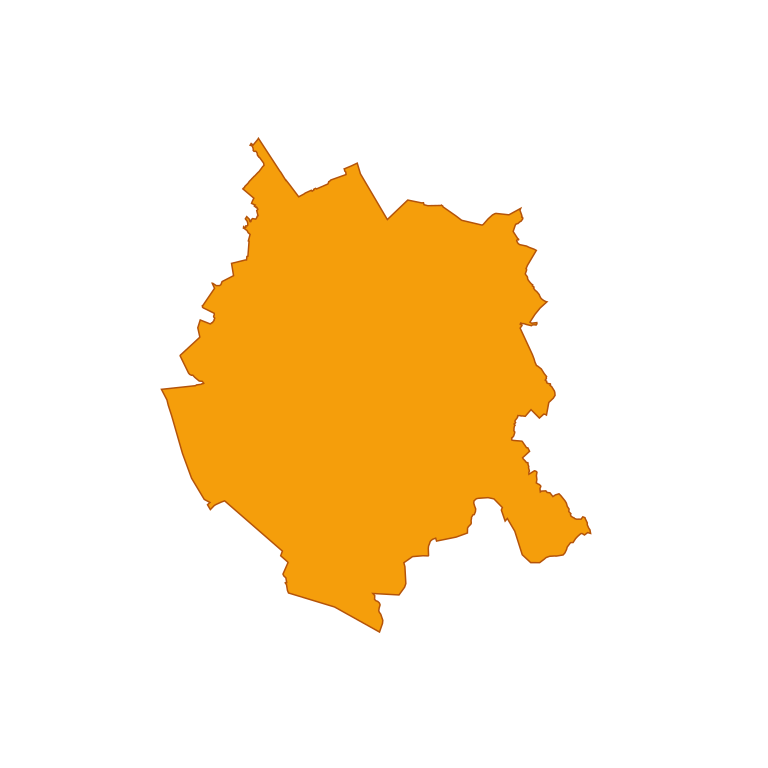 Tierra Blanca, Guanajuato, Mexico (orthographic projection), rotated 39°
{"feature_id": "50627088B54720368473271", "entity_name": "Tierra Blanca", "entity_type": "district", "adm_level": 2, "iso_a3": "MEX", "parent_name": "Mexico", "parent_adm1": "Guanajuato", "projection": "orthographic", "projection_center": [-100.168, 21.039], "detail": "fine", "context": "isolated", "style": "filled", "palette": "amber", "viewbox_px": 768, "rotation_deg": 39, "n_neighbors": 0, "source": "geoboundaries", "source_scale": "gbopen_adm2", "svg_char_len": 6158}
<svg xmlns="http://www.w3.org/2000/svg" viewBox="0 0 768 768"><g transform="rotate(39 384 384)"><path d="M129.7,282.7L131.2,282.1L132.3,282.3L133.8,283.1L135.0,284.2L135.3,284.8L136.3,285.0L137.0,284.7L137.6,284.0L138.1,283.8L139.1,284.0L140.4,284.6L141.0,285.2L141.1,285.4L142.2,286.1L142.7,285.9L144.1,286.5L144.8,286.3L151.5,288.1L153.2,289.7L152.9,291.3L153.2,297.3L152.9,299.4L152.6,303.7L152.4,304.2L152.2,306.9L152.1,307.3L152.1,308.4L151.8,311.4L152.0,313.6L151.5,318.1L151.8,319.0L152.0,319.2L151.5,320.1L151.5,321.2L165.9,321.5L166.6,324.6L167.4,327.0L171.3,326.0L171.2,327.3L173.8,327.3L173.7,326.7L173.8,326.7L175.3,327.2L176.1,327.8L175.9,329.3L180.2,332.5L179.9,333.5L180.3,334.3L180.6,336.2L180.5,336.6L177.7,338.2L177.6,338.8L177.7,340.3L178.2,341.1L178.3,341.7L177.9,342.1L177.0,341.9L176.6,341.5L176.6,341.1L175.7,340.7L172.0,340.3L172.3,342.9L175.2,343.6L176.8,344.7L177.8,345.8L178.2,346.5L178.2,347.0L177.1,348.1L177.6,349.0L178.0,349.3L177.5,350.0L177.1,350.1L176.4,350.1L175.9,349.9L175.9,350.1L176.2,350.4L176.6,351.3L178.0,351.0L178.8,351.1L180.9,350.9L183.2,351.9L185.8,352.0L188.5,358.2L189.3,358.0L197.8,370.3L197.2,371.2L199.1,374.1L198.1,375.0L189.6,386.2L198.9,394.5L193.7,406.3L194.7,409.4L194.3,411.0L191.7,413.1L187.5,413.5L187.1,413.8L192.1,416.3L193.8,436.8L193.6,437.7L194.2,437.9L194.6,438.5L195.0,438.6L196.0,438.5L207.5,435.9L208.6,437.1L208.9,438.5L209.5,439.1L210.4,439.1L211.0,439.3L211.5,441.0L212.0,441.6L211.9,442.4L212.0,443.9L211.9,444.7L211.5,445.0L211.4,446.3L211.1,446.7L200.9,449.9L203.9,457.5L211.3,463.4L211.4,463.7L207.6,489.7L207.8,490.4L225.2,498.5L226.9,498.8L228.8,498.4L229.8,497.5L232.9,497.9L238.5,498.0L241.0,496.3L243.5,496.8L243.5,497.0L243.1,497.7L242.3,498.5L242.1,499.3L238.8,502.8L238.6,503.9L214.4,528.2L225.4,533.0L229.7,536.3L239.1,542.4L271.1,564.8L293.7,578.3L316.9,586.8L323.3,585.6L322.8,588.9L328.1,590.9L328.6,585.2L329.3,583.3L332.0,577.9L333.7,575.1L410.2,577.8L411.8,582.5L421.0,582.9L421.8,583.2L425.1,595.3L426.9,596.2L429.7,596.4L433.3,599.5L432.7,599.9L432.4,600.7L434.5,601.3L438.9,605.2L441.3,606.5L485.9,588.4L536.6,579.6L533.5,571.0L531.8,568.4L526.4,565.0L523.9,564.3L522.6,563.5L521.2,561.1L520.1,558.4L519.7,557.9L518.2,557.1L515.9,556.9L514.3,557.5L512.2,557.3L510.0,554.3L507.2,553.8L528.4,538.5L527.9,529.0L526.6,525.4L515.2,512.8L511.9,510.4L514.8,500.2L522.4,492.9L526.5,489.8L526.5,489.2L521.9,483.9L520.6,481.9L519.8,479.3L519.2,477.9L519.0,476.4L519.5,474.1L521.2,471.3L523.7,473.0L536.4,457.6L542.6,447.3L539.6,443.4L539.4,441.8L539.7,438.1L539.3,437.1L537.6,435.3L536.6,433.4L535.9,432.6L535.5,429.6L536.3,428.7L535.4,425.7L533.9,423.4L531.2,421.8L528.6,420.0L527.5,418.1L528.0,415.0L529.3,413.4L536.4,406.8L541.7,404.1L553.7,405.5L554.5,408.1L564.4,414.3L564.5,410.9L578.3,416.1L598.9,429.7L610.4,430.5L617.4,424.9L618.8,419.2L619.2,416.9L621.1,413.7L624.7,410.4L626.3,409.2L630.8,404.1L630.9,401.4L630.0,397.7L629.0,395.5L628.8,389.9L630.7,388.2L630.2,383.6L630.4,380.7L631.1,376.4L632.1,375.5L634.8,375.2L635.8,371.3L638.6,370.1L635.8,367.7L633.9,367.2L630.6,365.5L629.4,364.0L625.2,362.0L624.3,361.4L622.1,362.1L622.2,365.1L620.6,366.3L620.4,366.6L619.9,366.8L619.1,367.7L616.8,368.6L615.7,368.4L615.0,368.8L612.5,369.0L611.1,368.2L610.9,367.2L607.9,366.8L606.5,364.7L603.5,363.8L600.7,361.8L598.3,360.9L591.9,359.5L589.1,359.2L587.0,362.3L586.1,365.2L581.4,364.1L579.1,365.6L577.0,365.2L573.8,368.1L573.4,369.5L571.0,367.1L570.4,365.0L569.7,364.5L567.7,364.4L567.5,364.6L564.6,365.0L562.9,362.0L560.1,359.3L558.4,356.3L557.6,356.1L556.5,356.3L555.5,356.8L553.4,362.9L552.4,361.8L552.0,361.0L551.8,360.1L549.4,358.4L548.8,357.8L548.5,357.1L546.3,355.7L546.1,355.3L545.3,354.6L544.1,355.4L542.0,354.9L539.3,354.6L538.1,354.1L539.5,344.7L536.0,343.1L534.8,343.8L527.5,341.6L526.9,341.8L520.1,346.4L518.7,347.1L518.3,346.9L517.7,346.3L517.6,345.8L517.2,345.5L517.5,344.6L517.5,342.8L516.3,339.7L515.8,339.0L515.4,339.1L515.0,338.7L514.4,338.6L514.1,338.4L513.5,337.3L512.8,336.5L511.9,334.7L511.8,333.5L511.2,333.6L510.6,333.4L510.2,333.0L510.6,331.7L510.6,331.2L509.3,330.6L508.9,329.9L508.8,326.1L508.7,325.8L508.2,325.2L508.0,324.3L508.3,324.3L508.9,323.5L509.8,322.8L510.5,322.7L511.8,321.6L514.1,320.2L514.4,311.4L526.2,312.7L527.1,306.9L528.2,306.2L529.8,305.9L523.7,294.6L524.5,288.5L524.1,285.2L522.1,283.1L520.8,282.2L515.9,280.5L514.0,280.6L513.8,279.8L513.2,279.2L511.0,280.4L509.6,280.6L508.7,279.5L507.0,279.6L506.8,279.2L506.8,277.6L505.8,276.6L505.7,275.9L502.0,275.1L496.8,273.3L492.0,273.4L490.9,273.7L487.4,271.9L485.0,270.2L480.9,267.8L454.6,254.9L454.5,252.3L454.3,251.5L452.2,251.8L451.9,250.5L453.5,250.0L454.8,249.0L457.3,248.1L461.9,245.9L462.2,244.6L464.0,243.1L465.1,242.5L465.0,241.0L464.1,240.1L460.4,243.9L458.5,244.1L457.5,234.9L457.5,226.7L458.9,217.6L457.8,218.1L455.5,218.6L453.0,218.7L451.7,218.5L449.4,217.5L448.7,217.0L447.4,216.6L444.3,216.0L442.7,216.1L440.0,215.4L439.6,214.3L437.5,214.4L437.4,213.7L437.1,213.3L436.0,213.5L433.7,213.2L430.5,212.4L429.5,211.9L428.2,210.6L426.7,210.1L425.1,209.8L424.4,209.3L423.2,205.9L422.5,205.0L421.8,205.0L420.8,201.4L418.3,184.3L415.7,184.8L410.7,186.5L408.0,187.1L401.7,190.3L399.7,190.4L397.3,189.4L396.8,189.0L396.8,188.0L397.8,187.3L397.6,186.8L396.0,186.7L388.4,184.2L386.0,177.8L386.0,176.4L386.4,176.1L386.5,175.6L387.1,175.1L387.5,172.5L388.1,171.1L387.9,168.3L387.3,167.6L387.0,167.4L386.7,167.3L386.3,167.7L385.9,167.6L385.5,166.8L384.9,166.2L380.3,163.4L379.7,161.5L374.6,173.9L363.6,181.0L362.9,182.0L361.9,184.4L361.0,190.0L360.7,197.6L360.2,198.8L341.3,207.9L334.2,208.1L318.5,209.2L317.5,208.7L316.7,208.9L316.1,208.8L315.8,209.5L305.8,217.9L302.3,219.5L300.6,218.3L299.4,219.5L286.7,226.1L283.1,254.1L233.4,235.5L224.2,229.2L221.5,234.8L217.7,241.9L218.3,242.1L218.5,242.4L219.5,243.2L220.8,243.3L222.7,245.1L214.3,258.9L214.1,260.9L213.7,261.5L214.4,263.3L214.5,263.9L208.8,274.9L207.7,275.0L206.9,276.9L207.4,277.2L206.8,279.4L205.6,279.2L202.6,285.2L202.2,286.8L199.9,292.2L184.7,288.4L179.4,287.2L179.4,287.5L170.5,284.4L169.4,284.2L131.8,272.1L132.0,273.4L131.9,280.6L129.4,280.7L129.7,282.7Z" fill="#f59e0b" stroke="#b45309" stroke-width="1.5"/></g></svg>